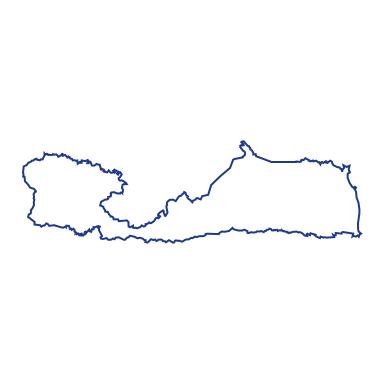 the district of Pran Buri, Prachuap Khiri Khan, Thailand
{"feature_id": "78962969B16792077167163", "entity_name": "Pran Buri", "entity_type": "district", "adm_level": 2, "iso_a3": "THA", "parent_name": "Thailand", "parent_adm1": "Prachuap Khiri Khan", "projection": "orthographic", "projection_center": [99.688, 12.406], "detail": "fine", "context": "isolated", "style": "outline", "palette": "blue", "viewbox_px": 384, "rotation_deg": 0, "n_neighbors": 0, "source": "geoboundaries", "source_scale": "gbopen_adm2", "svg_char_len": 5987}
<svg xmlns="http://www.w3.org/2000/svg" viewBox="0 0 384 384"><path d="M23.7,166.4L23.0,172.8L23.5,173.9L23.2,176.6L24.5,176.7L25.0,181.3L28.2,184.7L30.0,187.5L34.0,188.9L35.9,191.2L35.7,191.8L35.0,191.8L33.6,194.2L34.1,197.2L33.6,198.4L34.4,199.7L33.8,201.7L33.9,205.4L32.2,208.7L30.8,210.1L31.2,211.1L30.7,213.5L28.8,214.4L28.1,217.0L34.6,221.9L34.5,224.5L40.3,225.3L41.3,226.7L43.2,225.5L44.6,225.5L46.2,223.5L47.7,223.9L49.3,225.9L54.0,225.2L61.8,227.5L63.7,227.5L65.4,226.7L66.1,227.3L66.4,225.7L68.9,225.9L70.0,229.0L70.9,228.6L71.7,229.9L73.3,228.7L74.7,230.2L74.5,231.5L75.8,232.6L75.6,233.4L76.4,232.9L76.8,234.2L78.2,233.5L78.7,234.4L80.6,233.9L79.8,235.3L81.5,235.5L81.6,234.3L82.4,234.4L83.0,235.2L83.3,234.4L84.2,234.7L85.2,234.3L85.7,233.7L84.7,232.4L84.9,231.9L85.6,231.6L86.7,232.3L89.2,229.5L89.7,231.3L91.2,231.8L91.8,229.3L93.5,229.2L93.5,227.1L94.7,227.5L96.9,226.4L97.7,227.3L98.5,226.1L99.8,226.6L99.0,228.1L99.1,230.5L102.0,235.9L100.5,237.4L101.1,238.6L102.7,239.0L106.6,238.1L108.1,239.7L109.8,239.8L111.6,239.5L112.9,238.5L114.5,239.2L115.7,237.6L118.7,237.3L123.7,239.7L125.0,239.8L127.1,237.6L128.7,237.2L129.9,235.7L134.7,236.8L137.3,238.3L139.7,237.7L142.7,238.6L144.6,240.2L145.6,240.2L145.4,242.1L147.7,242.5L151.0,239.2L153.4,240.1L155.1,239.5L156.4,241.0L157.6,240.6L158.2,239.7L161.0,239.5L162.2,240.0L162.9,241.1L165.1,241.3L166.0,242.3L169.0,240.2L173.1,242.7L174.2,242.4L174.9,240.8L175.9,240.4L178.3,240.9L178.9,240.6L182.2,241.7L185.8,239.5L188.7,239.4L191.2,237.9L192.7,238.1L194.9,236.6L196.6,237.1L199.3,236.2L203.5,236.2L205.5,235.1L205.6,234.0L207.1,233.7L218.8,234.1L219.5,232.9L221.8,231.5L224.2,231.8L229.0,231.0L232.5,227.9L233.7,229.3L238.2,230.5L242.3,230.5L244.2,229.7L247.4,231.1L247.5,232.9L248.5,233.1L251.2,232.2L253.2,232.6L256.2,232.1L256.9,231.4L260.0,231.5L261.0,231.0L263.8,232.1L265.0,230.9L266.0,230.9L266.5,230.1L268.7,229.4L269.3,228.6L270.7,228.9L272.1,230.5L273.7,230.4L273.8,230.0L275.2,230.3L275.5,229.9L277.2,229.8L277.8,231.0L279.1,230.3L281.6,230.6L281.7,230.0L283.3,231.3L284.2,231.0L285.1,231.6L286.6,231.7L287.1,232.5L287.7,232.2L288.7,233.1L289.8,232.5L290.6,232.8L292.5,231.9L296.8,231.6L298.4,232.5L300.0,232.1L302.5,233.4L304.5,235.5L307.2,236.0L306.7,234.1L307.3,233.7L310.0,235.2L310.5,233.3L315.4,234.7L314.9,235.3L316.7,236.7L320.0,238.1L320.8,236.6L323.4,237.6L324.0,237.2L327.0,237.6L334.1,237.1L333.3,234.9L334.4,235.6L335.7,235.3L335.7,233.0L341.6,233.6L342.0,232.4L342.9,232.0L353.2,233.6L352.5,236.5L353.5,235.9L355.9,236.6L357.9,235.4L358.8,236.7L359.9,234.0L361.0,233.6L358.6,231.5L358.1,229.1L358.0,223.1L359.4,213.3L359.4,209.3L358.5,202.9L356.5,197.2L356.1,192.0L354.9,189.2L356.5,186.8L354.8,189.2L354.0,188.4L354.6,187.9L355.6,186.2L354.2,187.6L352.2,186.9L349.6,182.9L347.6,177.7L347.7,173.7L349.8,172.5L349.9,171.8L349.0,170.8L348.8,169.2L349.5,165.7L346.5,167.0L343.4,165.2L344.0,168.0L342.4,169.9L342.2,171.8L341.3,168.9L340.2,168.6L339.7,167.5L337.0,167.0L333.6,165.3L332.3,163.5L331.9,161.7L330.2,160.7L327.4,162.9L326.4,162.8L326.5,161.5L325.9,161.2L323.2,163.0L322.1,162.0L321.3,162.2L320.4,164.4L319.1,162.2L318.4,162.4L316.1,160.7L313.4,161.4L313.0,160.5L310.3,161.4L309.5,160.4L308.7,160.6L308.6,160.0L305.3,158.2L303.7,160.0L301.4,159.9L300.9,160.7L301.2,161.4L299.7,162.0L296.3,161.5L296.1,162.0L271.5,162.0L256.1,156.2L255.7,154.2L253.3,154.5L253.5,153.3L252.0,150.5L250.3,149.3L250.2,147.8L249.5,147.6L248.9,146.1L247.7,145.9L243.7,141.3L241.8,141.6L241.3,142.2L243.4,144.3L243.7,145.2L243.1,145.5L241.4,145.1L240.3,145.6L240.6,146.4L240.2,147.1L243.3,151.0L244.6,151.6L245.1,153.7L244.8,155.1L242.6,156.8L242.7,157.4L234.1,159.1L233.1,159.8L230.0,168.0L220.4,176.1L211.2,185.0L208.2,194.8L202.2,196.2L200.7,199.4L197.3,198.1L196.5,198.2L195.6,199.5L193.1,200.7L192.3,202.3L190.3,200.0L188.2,198.7L187.3,197.4L187.9,196.4L186.3,195.2L185.5,192.8L184.2,192.0L183.6,193.5L182.7,193.8L181.1,195.7L179.0,196.3L175.7,201.1L172.9,199.6L169.6,199.9L167.4,201.8L166.8,203.5L167.1,205.1L166.3,206.3L167.5,212.6L165.5,215.9L164.9,215.8L163.7,212.5L163.7,211.0L163.0,210.4L159.6,212.7L158.2,214.3L158.1,215.7L159.6,215.8L160.1,216.4L158.6,218.2L156.9,217.8L155.9,218.1L154.0,221.2L151.1,223.1L150.1,223.2L149.2,222.4L147.1,224.0L145.6,224.1L145.6,225.5L144.8,226.2L143.7,226.5L141.7,225.4L140.5,226.9L137.1,228.3L135.6,227.6L134.3,228.0L132.9,227.6L133.0,225.7L130.0,227.3L128.6,226.4L128.5,222.2L126.8,220.4L118.8,221.2L118.2,219.4L113.6,219.3L113.3,217.6L112.3,216.7L110.6,216.6L110.5,215.7L109.1,214.5L107.8,211.9L105.2,211.6L105.1,210.0L103.7,208.4L103.3,206.7L100.2,205.5L101.1,201.8L105.1,199.6L106.9,199.5L108.3,198.6L108.1,197.0L110.7,196.4L111.1,194.3L110.6,193.5L111.3,192.5L114.2,192.2L117.0,193.4L120.2,193.5L120.7,192.6L121.4,192.5L122.0,193.0L121.9,192.5L122.7,192.0L123.1,189.9L122.0,188.1L122.5,185.0L123.8,184.1L126.7,184.1L125.9,182.8L122.7,180.7L121.6,180.4L119.9,180.6L118.8,179.4L118.6,178.2L120.5,176.8L120.2,176.9L121.7,174.5L120.3,172.2L119.4,172.2L118.1,174.6L117.0,173.6L118.0,171.6L114.7,169.8L114.6,170.4L114.0,170.1L113.3,170.7L114.4,171.3L115.0,172.3L114.7,172.8L113.4,172.3L111.2,172.9L109.7,171.7L108.8,170.4L107.1,172.4L103.8,171.6L103.4,171.2L104.3,170.3L103.7,169.6L102.2,169.0L101.2,169.7L100.6,169.0L100.7,167.6L100.0,166.4L99.8,164.7L97.6,164.5L96.5,163.9L94.5,165.6L91.9,165.5L90.4,161.8L88.9,161.7L88.6,163.2L87.3,163.2L88.3,160.8L87.7,160.0L85.2,161.2L81.8,160.4L81.6,162.8L80.9,162.8L81.3,161.8L80.2,161.7L77.7,163.7L77.3,160.5L76.4,160.9L74.4,160.2L72.7,160.4L72.0,158.9L70.2,158.5L69.6,157.1L67.7,157.5L67.8,156.6L66.9,156.8L65.1,154.9L63.1,155.5L62.5,153.9L62.1,154.0L62.4,155.6L61.1,155.2L58.4,156.8L57.8,155.7L56.2,154.4L54.1,154.7L53.0,154.1L52.5,154.8L51.2,155.1L49.8,154.7L48.3,155.0L47.5,154.0L45.7,154.6L45.7,154.0L45.0,154.2L44.5,153.6L44.5,155.3L42.6,159.4L40.8,159.4L39.8,160.3L36.4,159.5L36.5,158.8L35.4,158.9L32.9,160.7L31.9,160.6L30.4,162.1L28.4,162.7L26.6,165.1L23.7,166.4Z" fill="none" stroke="#1e3a8a" stroke-width="2"/></svg>